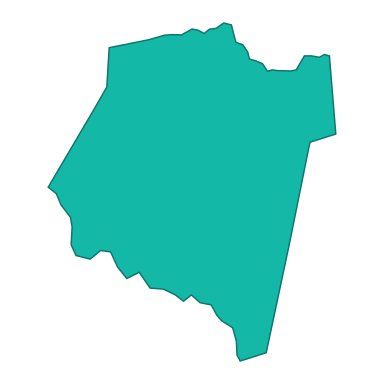 Desterro, Paraíba, Brazil (Equal Earth projection)
{"feature_id": "56859067B37062746654974", "entity_name": "Desterro", "entity_type": "district", "adm_level": 2, "iso_a3": "BRA", "parent_name": "Brazil", "parent_adm1": "Paraíba", "projection": "equal_earth", "projection_center": [-37.091, -7.309], "detail": "fine", "context": "isolated", "style": "filled", "palette": "teal", "viewbox_px": 384, "rotation_deg": 0, "n_neighbors": 0, "source": "geoboundaries", "source_scale": "gbopen_adm2", "svg_char_len": 892}
<svg xmlns="http://www.w3.org/2000/svg" viewBox="0 0 384 384"><path d="M109.2,47.7L106.8,87.1L94.3,108.9L48.2,187.2L56.3,193.6L61.2,205.2L70.5,217.3L72.1,226.9L71.2,244.8L76.0,255.5L90.1,259.1L100.7,250.5L110.6,251.9L117.5,266.9L126.8,278.5L139.2,272.3L150.1,288.1L163.4,289.1L175.3,294.9L183.6,301.2L191.3,294.9L200.1,302.7L211.2,304.9L217.0,315.5L221.9,321.0L232.7,327.8L236.4,341.3L237.0,355.0L240.2,361.0L266.2,352.7L289.6,242.9L307.1,156.1L310.0,142.2L335.8,134.0L329.4,55.9L324.3,54.5L319.4,57.3L311.6,55.9L304.4,55.9L299.7,63.9L296.2,69.9L290.6,71.0L283.8,70.7L278.2,70.7L272.3,69.9L267.5,71.3L262.5,63.7L255.5,60.7L249.5,59.1L247.7,52.0L242.8,44.8L236.0,42.4L233.8,34.5L231.4,24.9L223.7,23.0L216.2,28.3L209.4,29.2L204.1,33.5L198.4,30.3L192.1,29.0L186.7,32.0L181.4,34.9L176.5,34.7L170.6,34.7L164.5,35.2L148.5,39.8L109.2,47.7Z" fill="#14b8a6" stroke="#0f766e" stroke-width="1.5"/></svg>